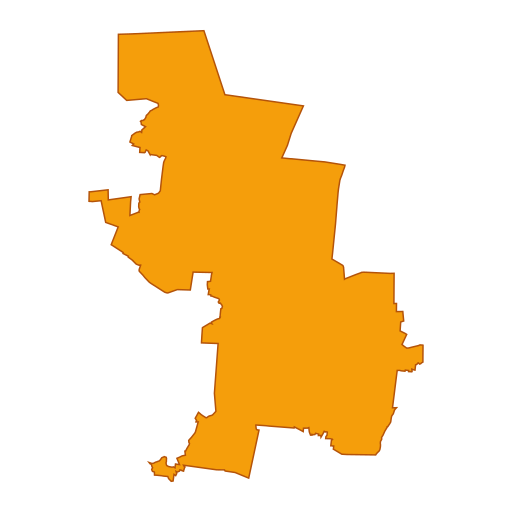 the district of Pabellón de Arteaga, Aguascalientes, Mexico, rotated 90°
{"feature_id": "50627088B43524321041523", "entity_name": "Pabellón de Arteaga", "entity_type": "district", "adm_level": 2, "iso_a3": "MEX", "parent_name": "Mexico", "parent_adm1": "Aguascalientes", "projection": "albers", "projection_center": [-102.265, 22.105], "detail": "fine", "context": "isolated", "style": "filled", "palette": "amber", "viewbox_px": 512, "rotation_deg": 90, "n_neighbors": 0, "source": "geoboundaries", "source_scale": "gbopen_adm2", "svg_char_len": 6059}
<svg xmlns="http://www.w3.org/2000/svg" viewBox="0 0 512 512"><g transform="rotate(90 256 256)"><path d="M244.7,400.8L244.9,400.5L247.8,396.0L252.5,388.8L253.5,389.0L256.2,383.7L257.1,383.8L260.4,379.3L260.5,379.4L264.1,375.8L264.2,375.6L265.3,372.8L265.0,371.9L265.1,371.3L269.4,372.8L270.5,372.9L271.3,372.7L275.2,369.0L277.6,367.1L279.6,365.2L281.7,363.2L282.1,362.8L283.3,361.2L292.2,347.3L292.8,345.5L292.9,344.8L292.9,344.0L289.7,335.0L289.6,334.4L290.0,321.7L272.1,318.9L272.4,304.8L272.5,300.0L275.7,300.7L276.3,300.7L281.3,301.5L281.6,304.5L284.7,304.7L289.0,304.2L289.0,302.7L290.6,303.1L294.6,303.8L294.6,303.3L294.7,302.1L294.9,301.2L296.0,301.1L296.2,299.8L297.2,297.5L298.5,293.6L299.3,292.7L300.3,292.6L301.5,293.5L302.0,293.7L302.2,293.4L302.4,293.2L302.8,293.2L303.2,293.0L303.3,292.7L303.1,291.6L303.9,291.1L305.0,290.2L306.3,289.6L308.3,290.1L308.6,290.6L308.7,291.1L310.8,291.4L313.7,291.7L316.4,291.9L317.2,291.9L317.2,292.2L317.4,292.2L317.4,291.9L318.3,292.4L318.5,292.6L318.8,293.9L319.2,295.0L319.8,296.3L320.4,297.5L321.9,300.2L322.2,300.6L322.7,300.4L322.8,300.4L323.4,300.4L323.7,300.2L323.1,302.0L325.8,306.5L327.6,309.5L327.9,309.6L329.7,309.7L335.5,310.1L339.0,310.3L342.2,310.5L342.9,310.5L343.5,293.9L393.3,297.6L411.3,296.1L413.2,297.8L413.9,298.5L414.6,299.1L415.3,300.1L416.0,302.8L416.4,303.5L416.5,303.7L417.5,305.0L417.6,305.4L417.8,305.9L415.8,309.1L415.1,310.1L414.4,311.1L413.8,311.7L413.4,312.2L412.3,313.5L414.1,314.5L416.0,315.5L417.0,316.1L418.3,316.8L420.4,315.4L420.6,315.5L421.1,315.8L421.9,316.0L421.9,313.8L432.0,316.6L433.1,317.2L437.3,320.5L439.9,322.9L440.5,323.3L442.4,323.1L443.4,322.5L444.9,322.9L445.8,323.5L448.5,325.1L451.0,326.4L451.1,327.1L455.2,326.6L455.9,329.9L457.3,332.7L458.3,335.1L464.6,332.5L464.0,336.5L467.8,337.0L466.9,338.4L467.2,340.0L466.5,343.5L465.5,345.3L464.8,345.6L462.9,346.0L461.5,345.6L460.2,345.6L458.4,345.5L457.3,345.8L456.6,347.8L456.9,348.0L457.3,349.3L457.8,350.3L459.8,351.6L461.0,352.9L461.5,354.5L461.8,355.1L461.9,355.5L462.2,356.5L463.0,358.0L463.3,358.6L463.4,359.7L463.4,360.3L462.5,362.9L463.8,361.9L464.3,360.7L465.1,360.4L466.4,360.1L467.8,359.4L468.9,360.1L469.7,360.3L471.4,359.5L471.9,357.8L472.1,357.6L475.1,357.5L475.2,355.5L475.7,350.6L476.1,348.3L476.5,344.2L478.6,343.4L481.3,340.8L481.0,338.9L474.4,338.0L475.6,336.3L473.6,335.3L471.5,335.9L472.1,334.9L471.2,332.7L470.9,332.4L470.7,332.2L470.4,332.1L470.2,332.1L469.9,332.1L470.0,331.3L470.2,330.8L470.3,330.6L470.6,330.3L470.6,330.2L470.7,329.8L470.7,329.6L470.8,329.3L470.9,329.1L471.0,329.1L471.1,328.9L471.2,328.6L471.0,328.3L470.9,328.3L470.6,328.3L469.9,328.2L469.3,327.9L467.8,327.5L467.3,327.2L467.3,327.3L465.2,328.5L469.8,295.4L469.9,287.5L471.0,286.9L472.5,276.9L478.1,263.3L430.1,253.0L429.8,255.0L428.9,255.8L425.4,256.2L425.0,256.1L425.7,246.1L426.1,242.5L428.0,217.9L426.9,217.7L429.1,213.4L431.6,208.8L428.2,208.5L428.1,204.2L427.6,203.2L431.9,202.7L435.1,201.5L435.1,200.0L434.4,200.0L434.7,198.7L434.5,197.1L433.3,196.4L434.1,193.3L435.5,193.6L435.5,191.2L437.1,191.0L434.2,189.3L431.3,187.8L432.0,186.8L431.7,186.2L432.1,184.7L435.3,185.0L436.1,185.7L436.7,186.1L437.4,186.2L438.6,186.3L438.6,185.4L438.7,181.8L439.2,179.7L439.4,179.5L440.4,180.6L445.8,181.2L445.8,180.1L446.0,179.6L446.0,178.3L448.3,178.5L449.1,178.7L454.2,170.2L454.5,165.2L454.9,136.3L454.2,135.9L453.1,135.0L450.8,132.7L449.4,132.1L446.8,131.6L444.9,131.5L443.1,131.7L441.4,131.5L439.5,130.4L439.1,130.3L437.4,130.4L435.2,129.0L431.2,127.2L427.0,124.7L426.9,124.8L426.7,124.8L426.6,124.2L423.6,122.2L422.0,121.3L417.7,120.7L415.8,120.2L413.8,118.7L410.4,117.6L409.5,117.1L407.7,115.5L407.8,119.5L372.6,115.1L371.3,114.9L370.4,114.8L370.4,112.2L370.8,110.9L370.9,109.9L371.2,107.0L370.1,106.7L370.5,103.4L371.6,103.4L371.8,100.2L371.3,99.9L370.5,100.0L369.7,100.2L369.1,100.2L369.6,98.8L370.0,97.7L370.1,97.0L364.8,96.4L364.7,95.8L363.9,94.7L363.1,94.2L362.9,93.6L364.1,92.4L363.7,91.3L362.8,90.4L362.1,89.1L361.7,89.1L357.4,89.1L347.9,89.0L345.2,89.0L345.0,90.0L345.0,90.8L344.9,92.0L345.6,93.6L347.3,100.7L348.0,103.4L348.1,105.3L346.2,108.0L344.5,110.0L334.4,105.3L333.3,107.1L330.9,111.9L322.0,111.3L321.0,108.3L312.7,109.1L312.3,109.1L311.5,109.2L311.6,115.6L303.5,115.5L303.5,118.1L273.3,117.9L273.4,121.8L272.3,145.4L272.2,148.5L272.4,150.6L272.7,151.0L274.5,156.0L278.5,166.1L278.6,166.4L278.6,166.7L278.7,166.8L279.2,167.5L275.2,167.8L273.9,167.9L267.8,168.4L267.4,168.4L265.9,168.9L265.6,169.1L265.3,169.4L259.0,180.1L253.8,179.5L224.0,176.5L207.7,175.2L203.9,174.9L192.2,173.9L188.9,173.5L180.7,172.2L180.1,172.1L179.6,171.9L178.8,171.7L175.0,170.2L170.8,168.8L167.3,167.5L166.2,167.2L165.2,167.0L164.4,171.5L164.0,174.0L161.9,187.2L161.0,197.1L158.8,220.2L158.7,222.3L157.9,230.2L145.4,224.6L133.3,220.8L105.9,208.6L94.7,287.1L30.7,308.1L33.9,380.1L34.3,393.6L92.4,393.9L100.4,385.3L98.7,365.6L103.4,353.9L105.8,353.5L107.0,353.8L107.7,355.7L109.3,358.8L110.3,360.3L110.9,361.7L112.1,362.5L113.5,363.7L114.6,364.6L115.1,365.4L116.0,365.9L117.3,366.1L119.7,367.6L119.9,368.3L120.5,369.0L120.5,370.5L121.3,371.5L121.8,371.0L124.5,370.6L126.7,366.5L129.9,370.1L132.5,370.4L132.4,370.6L132.2,370.5L131.9,370.6L131.4,371.5L131.4,372.4L131.9,373.2L132.2,375.3L133.2,377.1L135.6,380.3L136.2,380.3L142.0,382.1L144.0,378.3L145.5,379.7L147.5,372.0L152.4,372.3L152.7,367.5L152.3,366.9L149.9,365.8L150.9,364.0L154.9,361.8L154.5,361.6L155.4,355.3L157.4,352.5L157.0,351.8L156.1,350.9L155.7,350.7L155.6,350.3L155.7,349.3L156.2,347.5L156.8,346.0L158.5,346.5L160.1,347.4L162.3,348.3L166.3,348.9L179.3,350.5L190.8,351.7L193.2,353.5L194.8,357.4L193.5,360.1L194.6,371.9L198.9,372.9L202.1,372.2L202.7,372.9L203.6,373.2L206.5,373.3L206.9,373.3L208.5,372.9L209.4,372.3L210.1,372.7L210.4,372.7L210.7,372.7L211.9,373.2L212.0,373.4L212.3,373.2L212.3,373.8L215.5,382.1L201.8,381.4L196.7,380.9L199.9,403.7L189.8,403.9L191.8,421.5L191.8,422.8L201.3,423.0L201.4,422.5L201.4,421.8L201.4,421.1L201.6,419.7L201.5,418.9L200.7,410.9L222.4,406.3L226.9,393.8L244.7,400.8Z" fill="#f59e0b" stroke="#b45309" stroke-width="1.5"/></g></svg>